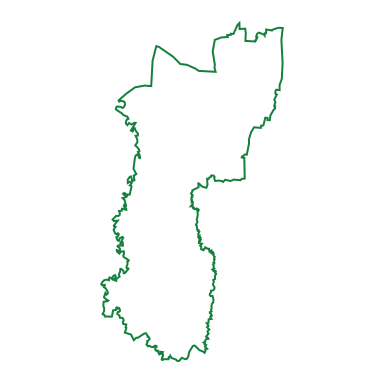 outline of Kota Jakarta Timur, Jakarta Raya, Indonesia
{"feature_id": "22746128B5353616278909", "entity_name": "Kota Jakarta Timur", "entity_type": "district", "adm_level": 2, "iso_a3": "IDN", "parent_name": "Indonesia", "parent_adm1": "Jakarta Raya", "projection": "robinson", "projection_center": [106.894, -6.261], "detail": "fine", "context": "isolated", "style": "outline", "palette": "green", "viewbox_px": 384, "rotation_deg": 0, "n_neighbors": 0, "source": "geoboundaries", "source_scale": "gbopen_adm2", "svg_char_len": 6068}
<svg xmlns="http://www.w3.org/2000/svg" viewBox="0 0 384 384"><path d="M282.7,28.0L278.3,27.8L272.0,29.9L271.9,30.5L266.2,29.5L266.0,33.3L264.7,33.3L264.6,35.5L264.0,34.6L258.9,32.6L257.1,33.8L256.3,36.2L257.3,37.1L257.1,37.9L256.3,37.8L256.5,39.1L256.0,40.4L255.2,40.4L255.1,41.5L245.4,40.9L245.8,33.1L245.2,28.7L239.6,29.0L239.4,23.0L237.6,24.8L233.4,34.0L230.8,33.7L230.8,34.8L227.2,35.1L227.8,37.0L221.4,37.4L214.8,39.9L212.7,51.4L214.8,64.5L214.5,67.9L215.6,71.8L198.8,70.9L195.4,68.6L186.9,64.8L180.3,64.0L173.2,56.8L158.9,46.9L156.3,46.2L152.6,60.7L151.2,86.1L144.6,85.6L135.1,87.3L126.0,93.9L118.6,100.4L119.2,101.6L120.9,100.8L124.2,101.6L124.8,102.8L124.9,105.0L124.1,106.8L122.5,108.0L120.7,106.9L117.1,106.5L116.3,107.3L115.9,109.5L121.9,113.4L123.3,115.0L127.4,116.7L128.4,118.8L127.1,119.3L126.3,120.8L125.8,122.7L126.0,123.7L127.4,125.1L129.0,123.0L131.4,124.5L134.7,122.7L135.6,122.9L130.9,130.5L132.6,131.5L133.2,130.6L132.9,128.6L134.7,128.2L135.7,130.7L138.0,133.8L137.9,135.5L135.6,135.8L137.2,139.3L137.4,142.3L135.2,145.4L137.7,147.7L139.1,149.8L139.4,151.3L137.9,152.0L139.4,154.5L140.1,157.6L139.8,158.2L139.1,157.8L138.0,154.6L137.2,154.5L135.7,155.5L134.9,157.8L133.5,168.9L136.3,174.0L133.8,175.6L134.4,180.3L132.4,181.0L131.0,176.4L129.6,177.0L127.7,179.8L127.8,183.0L130.1,181.6L131.1,181.9L131.8,182.9L129.9,185.4L131.3,185.9L131.5,186.7L129.7,194.6L126.1,194.5L124.6,193.0L123.1,193.6L123.5,194.5L126.9,196.1L126.5,196.9L122.6,198.1L124.5,199.8L126.1,205.9L125.4,206.5L124.2,205.1L123.8,206.3L126.2,208.5L126.3,209.8L122.1,208.7L121.8,210.7L119.0,211.0L119.9,213.4L119.5,215.2L117.9,216.1L116.2,215.8L112.6,219.6L114.0,221.1L117.7,220.6L113.8,225.7L114.0,226.4L115.5,226.7L113.6,229.9L115.2,233.5L116.5,234.2L117.7,233.2L118.8,234.1L118.0,236.2L116.3,237.2L117.5,240.3L118.9,240.9L119.7,238.2L122.4,236.9L123.2,237.7L120.3,243.5L120.5,243.8L121.5,242.6L122.6,242.3L123.0,245.6L118.1,245.5L117.6,246.4L119.8,248.3L120.1,250.3L119.2,250.9L116.8,250.1L116.9,251.5L119.4,253.6L120.6,251.8L123.8,251.3L124.0,254.0L123.2,255.8L123.7,257.0L128.7,260.2L128.5,261.0L127.3,261.5L127.6,263.9L126.4,267.1L126.8,268.2L128.0,268.2L128.5,268.9L124.8,273.1L123.8,273.2L123.3,270.6L121.2,268.9L120.4,268.9L120.1,271.5L118.8,274.6L119.6,276.5L116.5,278.8L116.2,280.8L112.9,279.6L115.2,278.3L115.7,276.1L115.0,275.1L113.7,275.6L112.0,278.1L109.4,277.5L108.9,280.3L107.0,279.6L104.0,280.3L101.7,283.1L101.3,284.2L102.1,285.2L104.8,284.8L104.8,285.5L103.8,285.9L103.7,287.0L105.7,288.3L107.9,292.3L107.6,293.7L106.6,294.6L105.4,293.0L104.0,297.2L106.1,299.4L108.3,300.5L107.8,301.1L103.6,301.8L103.3,306.1L104.2,308.0L104.1,311.0L102.6,314.2L104.5,315.0L104.9,316.5L111.9,316.6L113.1,310.4L115.8,310.0L116.4,307.5L117.8,307.6L117.9,308.6L119.3,308.3L120.1,310.7L119.1,311.8L117.9,311.9L117.2,313.8L119.4,315.6L120.0,317.9L122.4,317.9L123.5,319.4L123.7,320.5L122.8,321.8L123.3,324.0L126.3,324.5L125.6,327.2L126.4,328.0L124.8,332.6L131.1,334.6L133.8,340.2L136.3,337.7L137.8,337.8L144.5,333.4L146.0,333.3L147.6,335.8L147.6,336.7L148.4,336.6L149.7,338.7L148.3,340.6L147.1,341.1L147.5,342.4L146.4,344.3L148.0,346.3L149.3,345.7L150.9,346.8L153.4,347.2L154.5,345.8L156.4,345.9L156.6,346.8L155.7,347.1L155.2,349.2L155.7,350.4L156.4,350.3L157.4,351.4L158.1,350.8L158.8,351.4L158.8,353.7L159.4,354.5L160.8,354.0L161.0,351.8L162.9,352.1L162.3,353.3L163.0,354.4L162.9,356.4L162.2,357.1L161.7,359.6L162.7,360.0L163.5,359.2L168.5,359.2L168.8,357.1L169.8,357.2L170.3,355.8L171.4,357.9L176.0,359.6L177.4,361.0L179.3,360.8L181.8,357.8L185.6,359.3L186.7,358.9L188.3,356.6L189.1,352.2L192.7,346.2L194.1,345.5L195.5,346.1L199.3,350.1L202.6,351.3L204.6,352.8L205.5,350.5L205.3,349.3L207.1,348.7L205.0,346.8L206.1,345.1L204.6,344.6L205.0,343.5L203.6,342.5L205.2,341.8L205.1,340.6L206.3,339.0L208.4,338.8L208.0,337.9L206.1,336.6L208.6,333.5L207.9,332.9L207.5,331.3L209.3,329.5L207.0,327.2L208.5,325.7L206.7,323.2L208.4,322.9L208.7,319.3L211.5,318.9L210.2,317.2L210.7,315.9L211.7,315.9L211.7,315.2L211.0,313.7L209.9,313.1L209.8,312.2L211.6,311.4L211.0,309.5L211.6,308.5L211.5,305.5L211.9,303.8L213.2,302.5L213.5,299.4L212.5,295.9L210.5,296.1L209.7,294.9L210.0,293.6L210.9,292.7L210.9,290.8L212.9,290.4L214.3,289.2L214.5,287.2L212.9,284.7L213.8,281.6L213.2,280.0L215.1,279.0L214.9,276.0L216.1,273.8L215.4,273.3L215.6,272.4L215.1,272.6L214.7,271.9L215.1,271.0L213.4,270.9L212.4,269.5L214.3,268.7L213.5,268.0L213.8,266.1L213.1,264.7L213.8,263.9L213.5,263.1L214.3,263.2L214.1,260.4L214.6,259.4L214.1,258.9L214.7,257.1L214.1,256.9L213.6,255.0L213.0,254.6L213.7,253.9L213.1,252.2L212.7,251.9L211.5,253.1L210.8,252.8L211.2,250.6L209.4,251.4L209.1,248.8L208.3,249.1L205.3,247.3L204.7,248.8L203.6,249.1L203.4,250.2L201.1,249.2L201.2,246.4L200.1,245.6L201.9,243.7L198.9,243.0L199.1,241.0L200.2,241.0L200.9,239.5L200.5,238.7L199.9,240.0L199.2,238.7L201.1,236.9L199.4,237.7L199.5,236.3L197.8,237.8L198.8,235.6L198.1,234.3L199.3,231.8L198.0,231.1L198.6,230.2L197.2,229.7L196.7,225.5L195.9,224.9L197.4,222.0L196.8,219.7L197.8,214.9L197.5,212.4L198.8,210.0L198.2,209.1L196.9,209.9L196.6,208.5L194.7,209.1L194.0,208.0L193.4,208.5L192.7,207.4L192.8,205.9L190.9,206.2L192.7,203.9L192.8,202.0L191.7,202.2L192.0,200.0L191.3,199.9L191.5,197.4L192.3,197.2L191.9,195.5L192.6,195.2L191.0,193.5L192.4,191.4L192.3,190.4L198.6,187.2L198.3,183.4L199.4,183.7L200.9,185.6L202.8,186.9L206.4,187.8L207.5,184.6L207.1,178.7L208.6,178.9L209.2,177.6L211.2,176.7L211.1,175.7L212.1,175.4L213.6,175.6L214.6,176.9L214.2,177.7L215.0,180.9L218.6,180.6L222.0,181.1L223.0,182.0L225.1,179.8L230.6,181.0L233.7,179.6L240.5,180.2L241.5,179.0L244.7,178.5L244.3,157.8L241.8,157.6L241.8,156.7L245.4,154.3L246.8,154.6L249.0,143.6L248.9,139.5L251.1,132.1L254.1,127.3L260.8,127.9L261.2,125.6L262.7,125.7L263.5,125.0L265.3,117.7L267.5,117.9L267.5,120.1L269.8,120.2L270.4,115.5L273.5,110.0L275.0,108.5L275.1,107.5L274.4,106.8L275.1,106.0L274.3,105.2L275.4,102.5L274.3,99.5L276.8,94.5L275.5,93.9L275.4,91.2L276.3,89.7L279.6,90.1L279.6,85.0L281.8,78.8L282.6,63.2L281.4,39.9L282.7,28.0Z" fill="none" stroke="#15803d" stroke-width="2"/></svg>